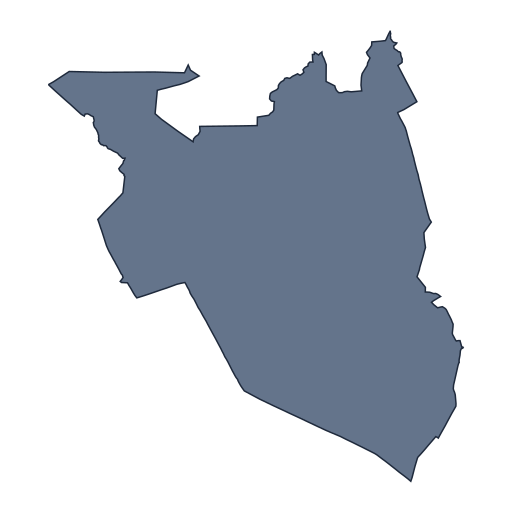 Naivasha, Rift Valley, Kenya (Mercator projection)
{"feature_id": "3690345B62093807224644", "entity_name": "Naivasha", "entity_type": "district", "adm_level": 2, "iso_a3": "KEN", "parent_name": "Kenya", "parent_adm1": "Rift Valley", "projection": "mercator", "projection_center": [36.4, -0.881], "detail": "fine", "context": "isolated", "style": "filled", "palette": "slate", "viewbox_px": 512, "rotation_deg": 0, "n_neighbors": 0, "source": "geoboundaries", "source_scale": "gbopen_adm2", "svg_char_len": 5943}
<svg xmlns="http://www.w3.org/2000/svg" viewBox="0 0 512 512"><path d="M48.8,84.4L48.9,85.1L55.4,91.1L59.1,94.4L62.0,97.0L67.4,101.8L70.2,104.2L71.7,105.6L73.9,107.6L75.5,109.1L81.2,114.3L84.3,116.1L85.1,114.1L87.5,113.8L89.2,114.5L91.0,115.7L93.3,116.7L93.8,119.0L94.1,119.8L94.1,121.0L93.8,121.9L93.3,122.5L93.6,124.1L93.7,125.0L94.1,126.1L94.4,127.0L96.3,129.5L97.9,132.8L98.0,133.6L98.2,134.4L98.6,135.0L98.6,135.8L98.6,137.8L98.8,138.4L98.8,139.3L98.5,140.3L98.6,141.1L99.3,141.9L99.6,142.7L100.1,143.5L100.8,144.2L101.4,144.7L102.3,144.7L103.2,145.3L103.7,145.7L104.4,145.6L105.2,145.6L106.0,145.7L107.0,146.8L107.4,147.8L108.2,148.7L110.5,149.4L113.5,151.2L117.6,153.1L119.0,155.0L120.6,156.4L122.6,158.3L125.0,158.2L124.4,159.7L124.2,160.4L123.6,160.8L122.9,163.5L120.7,166.2L118.8,168.7L119.8,170.8L121.6,172.4L124.1,174.4L124.0,175.6L124.8,176.4L122.9,192.9L121.6,194.3L120.8,195.3L119.7,196.5L119.0,197.1L113.7,202.7L104.7,211.9L97.8,219.4L99.7,224.9L100.9,228.6L101.3,229.5L104.2,238.5L105.0,241.1L106.4,245.5L106.7,246.2L107.7,248.5L108.0,249.2L108.9,251.1L109.3,251.9L110.4,253.8L112.3,257.3L113.3,259.2L114.0,260.4L114.9,261.9L115.6,263.4L116.2,264.4L119.1,269.7L120.0,271.5L120.8,273.0L121.1,273.7L122.4,275.2L122.7,276.4L123.1,277.5L121.6,279.7L120.2,281.4L121.5,282.5L125.2,282.7L127.5,282.8L129.0,285.5L130.7,288.2L133.3,292.8L134.9,295.4L136.8,297.9L140.4,296.8L144.2,295.6L146.9,294.7L150.2,293.6L159.2,290.5L161.2,289.8L166.7,288.0L170.3,286.7L176.8,284.3L180.5,283.4L184.9,282.5L186.2,284.7L187.3,287.0L188.6,289.2L189.5,291.0L190.1,293.0L191.7,295.8L194.0,299.2L196.4,303.9L198.2,307.6L200.1,310.5L202.7,315.3L206.4,321.6L207.7,324.2L212.5,333.1L215.8,339.1L216.9,341.2L218.7,344.6L220.8,348.5L222.1,351.2L223.5,353.8L224.8,356.7L226.4,359.2L228.1,362.3L232.4,370.9L233.8,373.4L234.2,374.2L234.8,375.3L235.7,376.9L236.6,378.2L237.1,378.9L237.6,379.3L237.9,380.5L239.0,382.7L239.7,383.9L240.7,385.7L242.1,387.8L244.3,390.9L260.0,399.3L274.0,406.0L282.4,409.9L289.8,413.4L295.7,416.1L317.7,426.5L326.5,430.6L328.7,431.5L330.2,432.2L340.5,436.5L345.8,439.2L352.7,442.5L368.8,450.5L374.7,453.5L375.5,454.0L376.5,454.6L377.2,455.1L382.6,459.2L385.2,461.1L392.5,466.8L395.8,469.4L399.1,472.1L402.3,474.5L404.3,476.0L407.1,478.2L408.0,478.9L410.8,481.3L412.1,477.5L414.9,466.6L417.4,458.2L417.7,457.5L418.2,456.8L420.2,454.7L424.7,449.6L428.3,445.3L432.3,440.7L435.8,436.6L437.5,437.5L438.3,438.1L439.7,435.5L441.3,432.6L445.2,425.7L447.2,421.9L452.0,413.0L454.2,409.2L455.9,406.2L456.0,403.6L455.4,396.6L455.3,395.3L455.1,394.2L454.6,392.5L454.4,391.9L453.7,390.3L453.5,389.5L453.3,388.6L453.6,384.9L454.7,380.2L457.3,368.6L458.0,365.5L458.7,363.2L459.2,362.5L459.1,361.7L459.1,360.1L459.2,359.4L460.0,355.1L460.1,353.8L460.2,353.1L460.4,350.8L461.0,349.3L461.4,348.7L462.2,348.4L463.2,347.7L462.8,347.0L461.8,347.1L460.0,340.6L458.3,340.6L457.3,340.8L456.3,341.0L455.5,340.0L455.1,339.3L454.8,338.7L453.6,336.4L453.1,335.5L452.7,334.8L452.3,333.3L452.6,330.4L453.0,326.7L453.1,324.1L452.6,323.0L452.2,322.1L451.8,321.1L451.3,319.7L451.0,319.1L450.7,318.5L450.1,317.3L449.1,315.3L448.7,314.7L447.5,312.1L446.7,310.5L446.2,309.6L445.6,308.9L444.8,308.2L442.4,306.7L441.4,306.9L440.8,307.0L437.6,307.8L433.8,304.7L431.5,302.3L433.8,300.5L434.7,300.0L438.3,297.8L440.6,296.5L438.4,294.8L437.8,294.4L437.0,294.0L435.8,293.5L434.9,293.5L434.2,293.6L433.3,293.5L431.9,293.0L430.3,292.4L429.5,292.2L425.3,292.0L425.4,287.3L417.0,276.8L419.4,269.7L419.7,267.8L423.3,255.3L424.3,251.4L425.5,247.5L425.2,245.4L424.3,239.0L423.9,232.6L425.8,229.9L429.6,224.5L431.3,222.1L430.2,220.2L429.6,219.4L429.3,218.6L427.7,213.3L426.5,208.8L424.7,201.5L423.8,198.2L421.8,190.1L421.3,187.6L420.9,186.2L420.5,184.4L419.0,179.2L418.1,174.5L417.8,173.6L416.7,170.1L416.5,169.2L415.9,167.0L415.3,164.6L414.2,160.2L414.0,159.3L413.9,158.5L413.2,156.0L412.6,154.2L412.4,153.2L412.2,152.3L411.2,148.5L410.9,147.6L410.2,145.5L407.7,136.5L406.2,130.6L405.8,129.6L405.5,128.6L405.2,127.6L404.8,126.8L404.5,126.2L403.5,124.3L401.7,120.9L400.4,118.7L397.8,113.2L397.7,112.5L403.9,109.6L416.9,101.7L412.7,93.7L407.7,84.3L405.9,80.9L397.9,65.5L402.0,62.5L402.2,61.8L402.0,61.0L402.1,60.2L402.2,59.6L402.1,58.6L401.3,56.9L400.8,55.0L400.7,54.1L400.7,53.2L400.2,52.4L399.6,51.8L398.5,51.8L397.8,51.2L397.0,50.4L396.4,50.1L395.7,49.6L394.9,49.1L394.1,48.5L393.9,47.5L393.8,46.8L393.7,46.0L394.7,45.3L395.4,44.5L396.1,44.0L396.8,43.0L396.0,42.8L395.1,42.6L394.2,42.4L393.3,42.1L391.9,40.6L391.6,39.9L391.0,39.2L390.6,38.7L390.5,38.0L390.7,37.3L390.5,36.4L390.3,35.6L390.5,34.6L390.7,33.7L390.5,32.8L390.2,32.0L390.4,30.7L388.7,33.8L386.4,38.8L385.9,39.8L385.4,40.6L380.4,41.2L371.8,41.9L371.6,45.5L369.9,48.1L367.9,50.7L366.5,52.3L367.2,54.1L367.6,54.9L368.1,55.5L370.0,58.0L367.6,63.0L367.3,65.3L362.2,73.6L361.7,75.6L361.4,77.7L361.3,79.9L361.0,85.2L361.3,87.3L361.7,90.9L351.2,91.8L347.4,91.3L344.4,91.7L342.5,92.6L340.6,92.7L338.6,92.6L336.4,90.3L335.3,87.8L334.8,85.9L330.7,83.8L326.1,81.5L326.1,75.5L326.2,64.6L324.0,58.6L322.2,55.1L321.9,52.0L319.8,53.6L318.6,55.0L316.5,53.6L314.4,52.3L314.3,54.4L312.4,54.5L312.5,56.8L312.6,59.6L313.0,62.0L309.8,62.1L308.2,63.8L307.9,66.1L306.2,66.8L304.5,67.9L303.0,69.8L303.9,72.3L302.2,73.9L300.0,75.3L297.6,73.8L294.8,75.2L292.5,76.3L290.7,77.7L289.8,78.3L289.0,78.3L287.6,77.9L286.8,77.8L284.8,78.4L283.7,80.4L281.1,81.9L279.5,83.6L278.4,85.5L278.3,88.0L276.9,89.6L274.8,90.7L272.3,91.9L270.4,93.4L269.8,96.1L269.6,98.9L271.4,101.0L274.4,101.6L274.0,104.2L273.9,107.6L273.8,110.1L272.6,111.9L270.5,113.3L268.8,115.3L257.4,117.1L257.2,125.6L241.3,125.9L199.7,126.4L199.8,128.4L200.1,131.3L198.3,134.7L195.5,136.6L193.6,138.9L193.1,141.8L177.8,131.2L164.1,121.2L161.6,119.4L155.1,113.7L157.3,90.3L161.2,89.2L165.5,88.2L174.2,85.8L180.0,84.4L184.5,82.9L188.2,81.6L199.1,76.0L190.5,70.2L188.2,65.0L184.5,72.8L154.1,72.0L104.2,72.3L69.2,71.5L53.6,81.7L48.8,84.4Z" fill="#64748b" stroke="#1e293b" stroke-width="1.5"/></svg>